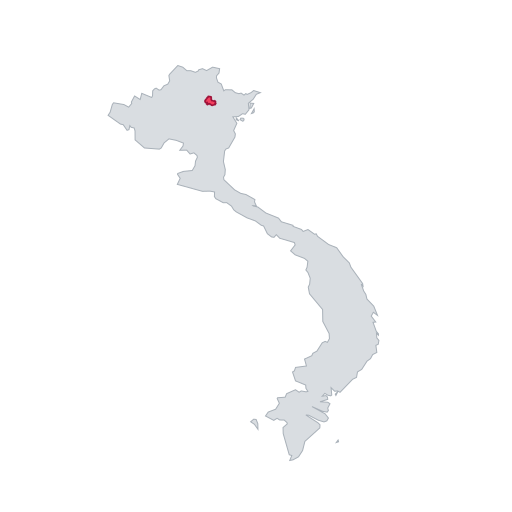 Vo Nhai, Thái Nguyên, Vietnam shown in context, rotated 342°
{"feature_id": "81297802B13645799597087", "entity_name": "Vo Nhai", "entity_type": "district", "adm_level": 2, "iso_a3": "VNM", "parent_name": "Vietnam", "parent_adm1": "Thái Nguyên", "projection": "orthographic", "projection_center": [106.082, 21.786], "detail": "fine", "context": "in_parent", "style": "filled", "palette": "rose", "viewbox_px": 512, "rotation_deg": 342, "n_neighbors": 0, "source": "geoboundaries", "source_scale": "gbopen_adm2", "svg_char_len": 5762}
<svg xmlns="http://www.w3.org/2000/svg" viewBox="0 0 512 512"><g transform="rotate(342 256 256)"><path d="M310.6,102.0L306.3,102.3L301.8,106.0L295.9,108.4L294.5,114.8L289.6,117.9L287.2,116.5L282.3,117.9L277.0,116.5L278.8,123.9L273.5,129.8L274.1,133.5L272.7,136.4L263.4,144.8L260.7,144.9L258.7,146.3L254.2,156.1L253.5,164.3L251.6,169.0L249.5,171.0L249.0,173.5L256.1,186.5L260.8,191.7L265.4,194.4L272.4,202.0L271.3,204.1L271.8,208.4L268.6,207.1L268.9,207.6L272.9,210.0L278.7,218.2L289.1,226.9L290.7,231.3L300.7,238.3L300.4,239.3L307.5,244.9L308.4,247.2L313.6,246.9L318.5,253.5L320.1,253.5L320.6,256.3L328.6,267.5L335.3,273.1L338.6,283.6L342.6,291.4L342.8,296.0L348.9,315.2L348.5,317.7L347.4,315.3L347.6,322.6L348.6,326.5L348.2,331.2L352.5,340.1L353.2,350.0L350.2,345.8L347.0,348.8L349.5,355.8L346.8,355.2L347.1,364.7L348.4,367.9L348.0,369.2L346.7,366.7L345.6,371.2L346.8,374.3L345.0,377.7L342.4,378.0L341.1,385.1L336.5,385.8L333.2,389.0L329.1,390.3L321.5,396.5L316.7,397.6L314.1,402.5L309.8,403.1L293.8,411.6L291.9,409.6L289.0,408.9L286.7,404.4L285.1,411.6L283.9,412.1L281.4,410.7L279.0,407.9L275.7,409.8L279.4,410.4L280.4,412.3L279.9,414.5L271.8,414.4L279.1,417.3L280.7,419.4L277.2,422.8L277.1,425.3L275.4,426.5L271.4,424.3L262.7,416.5L273.0,427.5L274.8,432.5L272.4,434.7L269.4,434.8L264.6,431.5L256.9,423.7L254.3,422.6L263.4,433.8L264.7,436.3L263.6,439.2L245.2,447.4L240.2,455.4L234.4,460.1L228.2,461.3L224.9,460.9L228.4,456.8L226.2,455.3L227.0,433.3L228.7,427.5L233.9,425.3L234.0,424.0L232.1,420.7L227.9,419.3L225.9,416.9L222.1,417.8L215.6,411.1L219.4,408.2L227.3,407.8L232.7,403.3L232.1,398.1L232.7,397.5L240.1,399.3L242.6,396.4L252.2,395.4L254.9,398.9L257.3,398.3L261.7,400.7L263.5,400.8L262.6,397.3L263.4,394.1L255.0,387.0L254.9,377.6L257.0,377.1L259.2,374.2L270.0,376.2L270.3,369.0L278.2,368.1L280.0,366.1L284.5,365.3L292.2,359.0L295.4,358.6L297.2,360.2L300.3,357.3L301.6,352.4L299.3,338.9L302.8,327.5L295.2,308.5L296.1,301.7L298.3,299.4L300.7,293.9L300.3,287.7L299.1,284.7L301.1,282.5L303.7,277.0L301.3,273.2L293.6,267.0L290.5,261.8L296.6,257.6L296.7,255.1L284.1,246.5L281.9,242.0L278.9,243.8L276.7,242.7L273.7,238.3L272.5,229.8L270.5,228.4L266.3,222.5L259.2,216.9L250.8,207.9L249.1,205.2L248.1,201.0L244.6,196.2L241.3,195.2L235.5,189.1L234.8,186.6L236.4,182.3L232.3,180.1L225.0,177.9L203.3,163.6L207.9,158.7L206.6,154.1L207.1,153.3L213.1,153.1L221.8,155.0L225.9,151.3L227.8,147.1L230.8,143.9L230.9,142.1L228.8,138.7L224.8,138.6L222.8,133.9L216.2,131.9L220.6,128.8L221.9,126.2L215.8,121.3L209.4,117.7L203.6,120.0L199.2,124.0L197.1,124.5L183.3,118.8L176.9,108.2L179.6,99.7L179.7,96.6L177.0,95.0L176.3,93.0L174.2,96.6L172.2,96.6L170.3,90.1L167.8,88.6L158.8,76.5L161.7,74.2L166.2,67.5L167.9,66.3L177.1,71.1L180.9,75.1L185.0,72.5L185.0,71.1L190.0,66.3L194.2,71.4L197.6,66.0L205.8,73.0L207.1,71.7L208.8,67.0L211.1,65.7L212.9,65.5L215.1,68.3L217.0,68.5L221.0,65.7L225.2,65.3L228.0,62.8L228.9,57.5L229.9,56.5L240.5,50.7L244.7,53.8L247.5,58.4L251.2,59.6L255.1,62.6L258.1,62.2L259.1,61.2L263.0,61.3L266.3,64.4L273.1,63.0L279.3,66.6L277.3,70.6L274.2,72.4L273.4,74.4L273.5,78.9L276.1,81.7L276.4,89.0L278.1,88.4L284.4,90.5L286.7,94.2L289.8,96.3L292.2,96.5L294.3,99.3L296.5,98.4L297.5,99.6L301.9,99.1L304.9,97.9L310.6,102.0ZM205.6,411.5L205.9,416.1L204.3,421.4L202.5,415.6L199.7,412.0L203.4,410.5L205.6,411.5ZM301.0,110.2L297.3,113.8L295.8,113.7L297.7,108.8L301.0,110.2ZM286.1,123.5L285.0,123.7L283.0,121.4L284.1,120.2L286.4,121.0L287.0,122.1L286.1,123.5ZM298.9,118.4L297.5,119.1L295.7,119.1L299.7,115.4L298.9,118.4ZM279.9,118.5L281.5,122.2L279.3,120.3L279.9,118.5ZM291.9,410.3L288.9,413.3L288.7,411.9L291.9,410.3ZM277.1,458.2L274.7,458.2L277.2,456.4L277.1,458.2Z" fill="#d9dde1" stroke="#a8b0b8" stroke-width="1"/><path d="M262.5,91.1L262.4,91.1L262.5,90.9L262.5,90.7L262.4,90.6L262.2,90.5L262.0,90.4L261.9,90.4L261.7,90.2L261.4,90.1L261.2,90.1L260.9,90.1L260.7,90.1L260.5,89.9L260.4,89.8L260.4,89.6L260.2,89.6L259.9,89.4L259.7,89.5L259.6,89.8L259.6,90.0L259.4,90.2L259.2,90.3L259.0,90.2L258.8,90.2L258.7,90.3L258.6,90.2L258.4,90.2L258.3,90.3L258.3,90.5L258.2,90.6L258.1,90.9L257.9,91.0L257.7,91.2L257.5,91.3L257.4,91.4L257.1,91.4L256.8,91.4L256.6,91.6L256.5,91.8L256.4,91.9L256.3,92.0L256.2,92.1L256.0,92.4L256.0,92.5L255.9,92.5L255.6,92.4L255.6,92.5L255.5,92.9L255.5,93.0L255.3,93.1L255.3,93.3L255.4,93.6L255.2,93.6L255.2,93.9L255.3,94.0L255.4,94.3L255.4,94.5L255.5,94.6L255.8,94.7L256.0,94.7L256.1,94.9L256.3,94.9L256.6,94.9L256.8,94.8L257.0,94.8L257.0,95.0L257.1,95.3L257.1,95.5L256.9,95.8L256.8,96.1L256.7,96.1L256.4,96.1L256.3,96.3L256.4,96.5L256.2,96.5L256.3,96.7L256.4,96.8L256.4,97.0L256.5,97.1L256.8,97.1L257.0,97.1L257.3,97.0L257.5,96.9L258.1,96.6L258.3,96.7L258.5,96.6L258.8,96.7L258.9,96.8L259.0,96.9L259.1,97.0L259.1,97.4L259.1,97.5L259.3,97.5L259.5,97.6L259.6,97.8L259.8,97.8L259.9,98.0L259.9,98.3L260.1,98.5L260.3,98.6L260.5,98.8L260.4,98.8L260.4,99.0L260.7,99.2L260.9,99.3L261.0,99.3L261.1,99.2L261.3,99.1L261.5,99.1L261.8,99.1L262.0,99.2L262.3,99.2L262.4,99.3L262.6,99.2L262.8,99.1L263.0,99.0L263.3,99.0L263.5,99.2L263.6,99.3L263.7,99.5L263.8,99.5L264.0,99.4L264.2,99.2L264.3,99.1L264.2,99.1L264.2,98.9L264.3,98.8L264.1,98.7L264.1,98.4L264.3,98.2L264.5,98.0L264.5,97.9L264.8,97.7L265.0,97.5L265.0,97.4L264.9,97.2L265.0,97.1L265.2,96.9L265.2,96.7L265.3,96.5L265.3,96.4L265.2,96.1L264.9,96.0L264.7,96.1L264.4,96.0L264.2,95.9L264.2,95.7L264.0,95.8L263.9,95.7L263.7,95.7L263.5,95.4L263.3,95.3L263.2,95.2L262.9,95.0L262.9,94.9L262.7,94.7L262.4,94.6L262.2,94.6L262.0,94.4L261.9,94.4L261.9,94.1L261.8,93.9L261.7,93.7L261.7,93.4L261.7,93.2L261.8,93.2L261.9,92.9L262.0,93.0L262.1,92.9L262.0,92.7L262.0,92.4L262.1,92.2L262.1,91.9L262.1,91.7L262.1,91.4L262.3,91.4L262.4,91.2L262.5,91.2L262.5,91.1Z" fill="#f43f5e" stroke="#9f1239" stroke-width="1.5"/></g></svg>